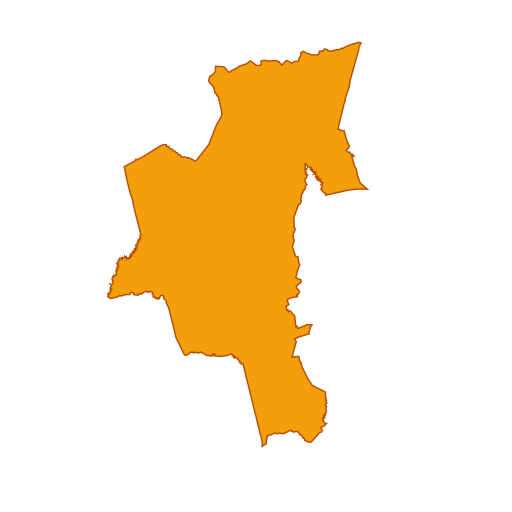 outline of Morogoro, Morogoro, United Republic of Tanzania, rotated 166°
{"feature_id": "72390352B24110633153516", "entity_name": "Morogoro", "entity_type": "district", "adm_level": 2, "iso_a3": "TZA", "parent_name": "United Republic of Tanzania", "parent_adm1": "Morogoro", "projection": "orthographic", "projection_center": [37.947, -7.052], "detail": "fine", "context": "isolated", "style": "filled", "palette": "amber", "viewbox_px": 512, "rotation_deg": 166, "n_neighbors": 0, "source": "geoboundaries", "source_scale": "gbopen_adm2", "svg_char_len": 6115}
<svg xmlns="http://www.w3.org/2000/svg" viewBox="0 0 512 512"><g transform="rotate(166 256 256)"><path d="M249.3,449.9L250.8,444.8L254.4,442.4L257.4,441.5L259.5,437.6L259.1,435.1L256.2,430.3L256.3,423.7L254.8,422.5L255.2,420.9L254.0,420.2L254.4,404.0L255.0,400.8L262.8,392.5L274.9,375.5L291.3,362.7L293.1,363.3L293.4,364.2L297.7,367.7L299.1,367.9L300.2,369.0L304.1,369.9L305.2,372.6L306.6,372.8L307.5,375.3L308.9,375.7L309.1,377.2L310.9,378.0L311.1,379.6L313.7,381.1L314.2,383.3L316.1,383.6L316.0,385.6L319.0,386.5L322.2,386.0L340.9,379.9L348.2,378.1L349.1,379.0L350.1,377.7L362.2,374.5L362.9,358.6L362.8,346.5L362.0,338.8L362.5,337.7L362.7,329.5L362.5,304.3L363.3,304.3L363.7,303.4L363.7,301.2L364.9,301.2L364.6,300.2L366.3,300.0L365.9,298.9L366.8,299.1L366.7,297.9L367.8,297.7L367.4,296.8L369.3,296.1L368.9,295.0L369.6,295.2L369.1,294.5L370.1,294.6L370.1,293.3L371.4,292.6L370.3,291.6L371.2,291.2L372.2,292.1L372.3,290.9L372.9,290.7L372.5,289.7L373.6,290.1L373.2,289.4L374.0,288.4L375.0,289.5L375.8,288.3L376.6,288.4L376.3,287.3L377.3,287.4L376.7,286.6L378.0,286.6L377.5,285.8L378.6,285.9L378.6,284.7L379.8,285.0L379.1,284.4L380.1,284.1L380.5,285.0L382.2,284.2L381.6,285.5L382.2,285.9L382.9,285.4L382.2,286.7L383.0,286.5L383.5,287.5L384.0,285.9L385.4,286.0L385.5,286.8L386.6,286.9L386.7,285.6L387.4,286.6L388.4,286.0L388.9,286.7L389.8,285.7L389.4,285.0L390.5,285.2L391.7,283.4L391.1,282.6L393.0,282.1L392.2,281.1L392.5,280.6L391.9,280.5L392.4,279.7L391.8,279.3L392.6,278.3L393.6,278.4L393.5,277.8L394.2,277.7L394.7,276.6L393.9,276.0L395.1,275.8L394.8,274.5L395.3,275.3L395.5,275.0L395.4,273.3L396.4,272.0L396.0,271.3L398.7,270.8L398.8,271.5L399.5,270.2L400.1,270.4L400.5,268.8L401.3,268.7L400.8,266.5L401.4,266.2L401.0,265.2L401.5,263.7L403.1,263.4L404.0,263.9L403.5,262.9L403.7,261.5L404.4,261.3L405.1,260.2L403.9,258.8L405.0,258.1L405.5,258.7L406.0,257.7L405.4,256.4L407.1,256.0L407.1,255.0L408.0,255.5L408.7,255.4L408.7,254.6L409.3,255.0L408.4,253.3L409.5,252.6L408.8,251.0L406.7,249.8L401.0,249.7L397.6,250.6L396.1,249.7L392.6,250.2L387.7,249.2L386.7,250.9L383.9,250.1L384.2,248.9L383.1,247.5L381.1,247.5L380.7,246.5L377.9,247.1L377.3,247.8L375.9,246.8L373.3,248.2L370.2,248.1L369.5,246.8L366.9,247.2L365.1,246.0L365.9,244.4L365.0,243.5L365.7,241.6L365.2,240.6L363.5,240.2L363.8,239.4L362.6,238.6L362.2,239.3L361.6,239.2L361.0,237.8L359.7,238.4L359.7,239.3L357.6,240.8L355.9,240.2L355.1,239.1L355.7,238.5L355.5,236.7L353.9,234.3L354.4,232.7L353.2,226.3L353.3,196.0L349.4,177.4L347.9,176.7L346.0,176.8L342.5,178.5L341.5,178.3L340.1,177.6L340.0,176.9L338.5,177.4L335.0,175.6L332.9,176.3L331.3,174.4L330.0,174.0L328.2,171.6L325.0,170.6L324.1,169.7L323.1,169.7L321.7,171.3L320.3,171.2L319.7,170.6L321.3,170.3L321.2,169.5L314.5,167.1L307.9,166.5L303.9,167.0L302.9,166.5L302.7,165.7L303.1,165.5L302.3,164.3L300.8,163.7L302.2,162.9L298.1,160.9L298.7,159.9L297.1,158.2L297.8,156.7L296.2,156.0L296.4,154.8L294.7,154.5L294.9,75.4L295.5,70.7L296.9,69.3L295.0,70.4L291.6,71.3L290.3,75.4L289.0,77.0L288.9,78.9L284.1,78.9L281.3,79.7L278.1,78.4L275.8,78.6L274.3,77.5L271.6,77.0L264.8,78.6L264.1,77.5L263.0,77.8L262.4,75.9L260.6,76.3L258.4,75.6L257.3,74.4L256.7,71.8L254.7,71.1L254.8,68.4L253.4,67.3L253.1,65.0L249.5,62.4L247.6,62.1L237.4,69.0L234.6,69.6L233.8,71.2L234.7,73.4L233.4,74.3L230.9,74.6L228.1,76.5L229.5,76.9L231.2,80.2L230.1,80.6L230.9,81.8L228.5,82.6L229.5,83.3L227.8,84.2L228.6,85.0L227.0,85.1L226.7,85.6L227.3,86.2L226.5,86.3L226.5,87.2L225.2,88.0L225.3,90.8L224.0,92.6L225.0,94.8L222.9,96.1L223.2,98.0L222.4,98.9L223.0,99.4L222.5,100.5L223.1,101.4L222.2,102.6L222.6,103.9L221.5,106.4L221.9,107.4L232.7,116.8L235.3,124.0L238.1,137.1L238.1,141.7L239.0,142.9L238.7,148.2L245.5,149.2L237.6,163.2L238.6,166.1L235.0,167.0L223.3,167.7L223.3,168.6L220.2,174.0L218.3,175.6L223.0,177.0L233.1,175.5L233.0,177.8L234.4,177.8L233.0,188.3L236.1,194.5L237.8,194.0L238.1,196.2L239.0,195.8L239.0,200.0L236.0,200.7L236.4,205.6L235.7,206.2L231.4,207.0L225.7,206.6L225.9,207.4L225.4,207.2L224.9,208.3L225.4,208.9L224.0,209.2L222.6,210.5L222.6,211.7L224.5,215.6L224.1,216.7L223.1,217.7L218.6,219.6L218.1,221.8L222.6,225.3L219.5,231.2L215.5,237.3L216.1,238.8L215.5,245.3L217.5,245.7L217.8,246.9L218.4,256.2L215.1,262.0L215.4,264.5L214.8,268.4L212.9,270.1L211.3,273.1L212.3,275.0L211.7,275.8L210.1,283.9L202.6,295.2L200.5,295.8L199.3,297.5L198.4,299.3L199.0,300.7L197.6,302.2L197.1,304.6L195.1,306.2L194.2,308.5L193.2,308.1L191.7,309.9L191.1,311.9L189.3,313.1L190.2,315.5L190.4,318.3L187.7,319.9L187.4,322.1L186.6,322.2L188.1,323.1L186.9,324.4L187.9,324.9L187.1,326.5L187.8,327.2L187.6,327.8L186.0,327.8L185.6,328.5L187.1,329.2L186.1,333.7L185.5,333.5L184.2,330.7L184.2,329.7L183.6,330.0L181.0,328.4L182.3,327.2L182.0,326.2L180.6,326.8L180.2,326.5L180.2,325.1L181.0,325.0L180.6,323.7L178.0,323.4L180.2,321.4L178.0,321.5L179.1,317.7L177.9,317.0L178.4,318.1L176.9,318.4L176.1,316.7L177.2,316.0L178.1,316.4L178.4,315.7L177.6,315.4L177.6,314.7L174.9,314.9L176.3,313.4L174.8,313.3L175.2,312.2L174.5,311.9L174.7,311.2L173.6,310.8L175.9,309.3L174.6,308.7L174.6,308.1L176.8,305.2L175.5,302.1L173.2,299.1L173.7,298.2L150.4,297.6L140.5,296.3L131.9,293.9L137.2,301.8L138.1,308.8L137.7,316.1L138.8,320.4L138.9,329.6L136.9,329.0L137.0,330.1L138.1,330.3L138.1,331.7L139.0,331.6L139.7,332.6L139.7,334.1L141.4,334.3L142.8,336.4L139.4,339.0L138.9,340.2L140.0,345.8L140.2,356.5L141.4,356.4L145.8,359.5L133.7,382.4L132.1,384.6L131.0,387.8L124.6,397.5L122.1,403.7L106.6,431.0L105.4,434.1L102.5,437.3L104.8,438.5L113.2,438.1L120.1,437.0L121.5,436.3L122.9,436.9L125.6,436.1L128.0,436.7L133.7,436.6L135.2,437.0L137.9,439.8L140.0,440.2L141.5,438.6L144.8,439.3L146.9,436.1L153.3,437.7L157.9,440.7L160.3,443.0L161.1,443.1L163.3,442.3L164.3,439.1L166.7,437.3L166.8,435.6L168.4,434.8L171.5,435.5L171.5,434.6L171.5,435.1L172.6,435.2L174.7,434.4L178.5,438.1L179.7,438.1L184.8,434.9L186.8,439.1L189.7,440.9L197.2,442.2L199.5,443.6L202.6,444.1L204.0,443.7L204.5,440.8L205.7,440.0L209.2,440.6L214.3,446.7L218.8,444.8L226.6,444.2L229.7,442.8L235.0,441.8L236.5,440.7L238.4,441.4L241.2,447.2L249.3,449.9Z" fill="#f59e0b" stroke="#b45309" stroke-width="1.5"/></g></svg>